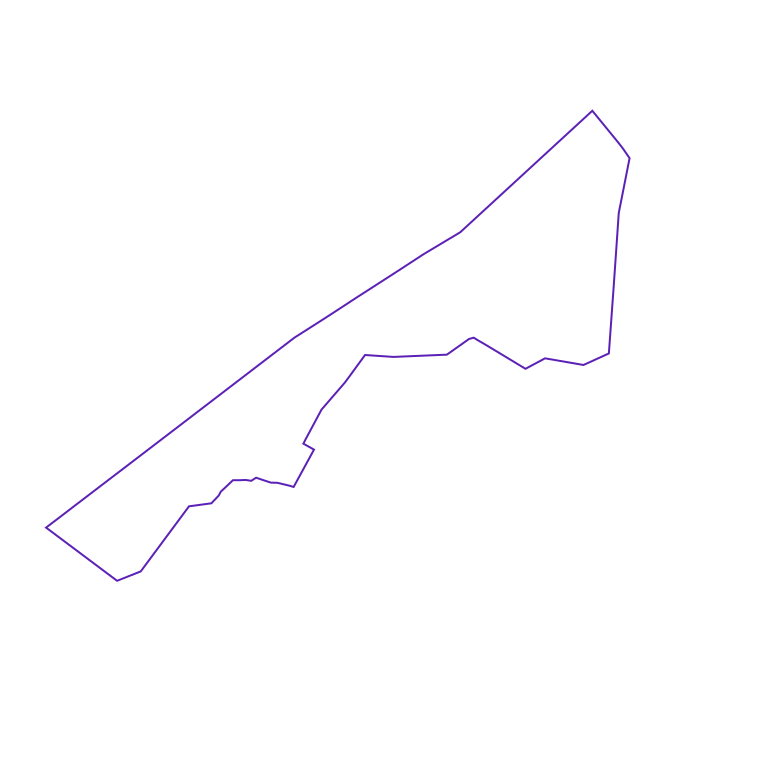 Santo Antônio de Lisboa, Piauí, Brazil, rotated 225°
{"feature_id": "56859067B76948986204583", "entity_name": "Santo Antônio de Lisboa", "entity_type": "district", "adm_level": 2, "iso_a3": "BRA", "parent_name": "Brazil", "parent_adm1": "Piauí", "projection": "albers", "projection_center": [-41.218, -6.885], "detail": "fine", "context": "isolated", "style": "outline", "palette": "violet", "viewbox_px": 768, "rotation_deg": 225, "n_neighbors": 0, "source": "geoboundaries", "source_scale": "gbopen_adm2", "svg_char_len": 811}
<svg xmlns="http://www.w3.org/2000/svg" viewBox="0 0 768 768"><g transform="rotate(225 384 384)"><path d="M256.4,538.5L246.6,564.6L289.7,614.4L312.4,640.5L338.9,670.9L370.0,717.3L381.3,719.4L389.2,720.4L429.9,724.5L437.4,545.2L447.7,504.3L454.9,470.1L464.6,425.4L468.6,406.2L472.3,388.8L480.1,353.5L502.5,184.7L521.4,43.5L433.6,56.1L423.5,79.5L435.4,159.6L421.7,177.6L422.0,188.4L423.3,192.5L423.0,200.2L422.8,209.1L417.4,214.6L414.0,218.3L409.4,221.7L408.2,227.3L402.1,230.3L394.2,234.3L389.6,238.7L379.0,245.2L375.1,247.3L387.1,288.1L398.8,284.8L400.4,289.7L410.1,321.8L412.1,349.4L412.7,357.4L413.6,363.5L417.9,391.1L396.5,409.8L360.3,449.2L355.7,476.0L353.3,480.2L348.1,481.4L343.0,482.8L335.9,484.6L329.9,486.1L294.7,494.8L288.3,516.0L256.4,538.5Z" fill="none" stroke="#5b21b6" stroke-width="2"/></g></svg>